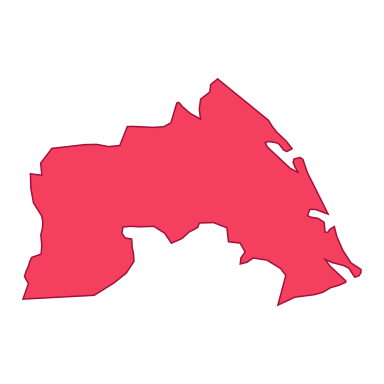 the District of Mulativ
{"feature_id": "LKA-2458", "entity_name": "Mulativ", "entity_type": "District", "adm_level": 1, "iso_a3": "LKA", "parent_name": "Sri Lanka", "parent_adm1": "", "projection": "orthographic", "projection_center": [80.639, 9.196], "detail": "fine", "context": "isolated", "style": "filled", "palette": "rose", "viewbox_px": 384, "rotation_deg": 0, "n_neighbors": 0, "source": "natural_earth", "source_scale": "10m", "svg_char_len": 1816}
<svg xmlns="http://www.w3.org/2000/svg" viewBox="0 0 384 384"><path d="M217.6,78.9L268.6,120.4L269.1,121.2L272.1,126.3L276.9,132.3L286.2,141.1L292.1,148.7L286.9,151.5L283.9,150.2L283.6,150.0L279.0,144.1L276.5,142.8L276.4,142.8L268.6,141.5L265.2,142.6L266.9,146.0L267.5,147.1L289.9,168.1L298.6,172.9L295.2,167.5L293.1,162.5L294.1,158.9L300.1,157.5L302.9,159.4L307.5,172.9L311.7,181.2L328.1,214.1L324.8,212.9L315.6,209.5L309.9,209.4L307.5,215.6L310.9,217.2L317.9,218.3L324.1,222.3L324.2,222.8L325.1,232.2L328.1,232.2L329.5,229.7L330.8,228.6L332.3,227.9L334.3,226.5L336.5,235.3L336.7,236.3L342.8,250.3L351.0,262.9L359.3,268.3L360.0,268.8L361.0,269.6L360.9,272.7L358.9,275.8L354.9,277.2L353.8,275.9L349.0,268.3L343.9,265.6L332.0,262.5L325.2,259.4L328.3,263.8L330.1,266.2L345.7,280.8L345.7,282.3L338.8,285.3L330.5,287.7L323.1,292.2L314.8,294.6L294.8,297.2L277.9,305.1L285.8,275.5L280.6,268.5L266.9,260.1L253.3,258.0L246.9,262.3L240.2,264.0L240.9,258.0L245.1,251.9L240.1,243.1L228.5,241.8L226.9,227.8L213.6,222.6L199.5,223.0L198.5,225.2L197.7,227.4L193.6,229.7L189.4,231.8L182.0,238.5L171.4,243.2L164.7,233.2L153.9,226.4L139.1,226.8L130.8,226.3L123.0,227.0L121.9,233.4L125.2,237.9L131.6,239.0L132.0,242.5L132.0,246.4L133.5,253.9L134.0,261.3L126.3,273.0L114.3,282.7L94.2,295.3L23.0,299.1L28.5,283.4L26.6,280.5L24.5,276.5L26.0,271.5L28.3,266.5L29.7,261.7L31.7,257.4L41.1,254.1L41.8,245.2L40.8,234.9L42.4,228.6L42.8,222.0L42.3,218.7L41.5,215.6L33.5,202.9L30.9,188.7L30.4,173.8L41.8,175.2L40.7,163.1L51.9,148.4L85.0,144.6L96.8,144.4L108.4,146.6L119.8,145.5L127.3,126.6L133.0,126.4L152.7,127.4L163.6,126.8L170.9,122.8L176.8,103.0L178.9,102.4L182.2,106.5L190.6,113.7L200.5,119.1L199.3,109.2L200.6,99.2L209.8,92.0L210.7,84.7L212.8,82.6L215.0,81.1L217.6,78.9L217.6,78.9Z" fill="#f43f5e" stroke="#9f1239" stroke-width="1.5"/></svg>